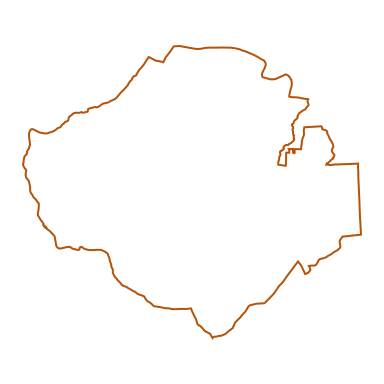 Pargaresti, Bacau, Romania
{"feature_id": "2599482B11675765739939", "entity_name": "Pargaresti", "entity_type": "district", "adm_level": 2, "iso_a3": "ROU", "parent_name": "Romania", "parent_adm1": "Bacau", "projection": "equal_earth", "projection_center": [26.649, 46.243], "detail": "fine", "context": "isolated", "style": "outline", "palette": "amber", "viewbox_px": 384, "rotation_deg": 0, "n_neighbors": 0, "source": "geoboundaries", "source_scale": "gbopen_adm2", "svg_char_len": 5919}
<svg xmlns="http://www.w3.org/2000/svg" viewBox="0 0 384 384"><path d="M265.1,302.6L272.6,295.0L274.3,293.0L279.0,286.1L279.4,285.6L281.1,284.0L283.4,281.3L286.5,276.8L298.0,261.5L298.7,262.3L301.0,265.3L301.9,267.0L305.2,274.1L305.7,273.9L308.5,272.5L309.3,271.4L310.4,270.1L310.1,268.8L309.6,267.3L308.9,265.9L311.2,265.6L314.8,265.5L315.9,265.0L316.2,264.7L318.0,261.6L318.7,260.0L319.6,259.3L320.5,258.8L322.0,258.7L325.3,257.6L326.2,257.2L328.0,255.9L331.4,254.1L333.8,252.2L334.6,251.7L336.9,250.6L337.6,250.1L339.9,247.9L340.2,247.3L340.4,246.0L339.9,243.6L339.6,241.2L339.9,240.4L342.4,236.6L348.6,236.1L352.5,235.5L356.4,235.2L361.0,234.6L359.8,213.1L359.4,200.5L358.3,176.8L358.3,171.3L358.0,167.1L358.1,163.6L347.1,164.1L334.7,164.5L332.8,164.7L331.3,165.0L329.8,165.0L328.1,164.7L326.4,164.7L326.7,164.1L326.9,163.2L327.7,163.2L328.4,162.6L331.3,159.8L333.2,158.5L332.9,158.0L333.9,156.8L334.4,155.3L334.3,154.7L333.0,153.3L332.0,151.4L331.8,150.5L332.0,149.4L333.1,147.3L333.3,146.5L333.3,145.9L332.8,144.0L330.9,140.5L329.8,138.9L329.4,138.0L329.0,136.7L327.3,133.6L327.2,133.2L327.3,131.8L326.8,131.0L325.9,130.4L322.3,129.2L322.1,128.2L322.1,127.4L321.2,126.3L304.3,127.3L303.8,130.2L304.0,134.2L303.8,135.4L303.4,136.6L302.7,138.0L301.9,141.0L301.7,144.1L301.2,146.7L301.2,148.5L301.1,149.3L298.3,149.1L295.1,149.3L294.1,149.1L294.4,149.9L294.7,152.3L294.5,153.1L293.7,153.1L293.1,152.7L293.0,151.9L293.1,151.2L292.8,149.8L292.8,149.0L288.7,149.1L289.3,150.5L289.3,152.7L286.2,152.7L286.0,162.6L286.1,164.0L285.7,164.7L285.7,165.8L278.3,164.7L278.2,162.3L278.6,160.9L279.2,159.5L279.1,157.6L279.2,157.0L279.7,156.5L280.5,154.6L279.9,152.3L280.4,151.2L281.4,151.1L281.5,150.7L281.9,150.2L282.5,149.9L283.4,149.6L283.8,149.2L283.9,148.7L283.4,147.4L283.5,146.9L284.1,146.3L286.0,144.9L287.9,145.2L289.3,143.8L290.5,143.4L291.4,142.8L293.2,141.1L294.2,139.8L293.9,138.9L294.1,138.8L293.7,137.1L293.8,136.5L293.8,136.0L294.0,135.4L293.5,135.2L293.2,133.9L292.9,133.3L293.1,131.9L293.1,131.1L292.8,130.7L292.5,130.1L292.5,129.4L293.0,128.7L293.2,128.1L293.1,127.3L293.0,126.6L292.4,126.1L291.8,125.1L291.9,124.4L293.0,123.8L293.5,123.4L293.7,122.2L293.9,121.6L294.7,120.5L295.5,119.7L297.4,118.2L297.6,117.7L297.4,117.0L297.5,116.3L297.8,115.5L298.5,114.3L299.5,112.9L303.3,110.3L305.5,109.2L305.9,108.3L307.1,106.8L308.5,105.3L308.4,104.1L307.5,101.5L307.8,99.8L308.2,99.3L308.0,99.0L305.3,98.9L297.6,97.4L290.1,97.1L289.2,96.5L289.4,94.7L290.6,89.4L291.7,85.8L291.8,82.7L291.3,79.9L289.3,76.7L288.1,75.5L286.4,74.6L285.7,74.4L275.1,79.2L270.7,79.4L265.8,78.1L262.6,77.1L262.2,76.0L261.9,74.7L262.3,73.0L263.2,71.0L264.8,67.7L265.8,64.9L265.5,62.8L263.9,60.4L260.9,59.0L257.7,56.9L252.9,54.5L248.9,52.8L244.5,51.0L242.2,50.4L239.7,49.3L235.7,48.4L231.0,47.7L221.0,47.5L215.9,47.7L209.5,47.6L205.4,47.9L200.8,48.8L197.4,49.0L194.4,48.7L179.5,46.0L173.7,46.4L170.7,50.9L165.7,57.4L163.2,62.3L161.6,61.7L158.8,61.1L156.3,60.8L155.5,60.5L154.7,60.2L153.6,59.4L151.5,58.5L149.3,57.2L148.6,57.1L147.4,59.0L146.6,60.1L143.8,64.6L140.8,68.2L139.6,69.4L138.5,71.0L136.7,74.0L136.4,75.0L135.9,75.5L135.1,75.8L134.5,76.1L133.6,76.3L132.2,78.3L132.0,79.5L130.0,81.4L128.4,83.9L128.0,84.9L124.6,88.8L122.3,91.2L121.1,92.3L116.9,97.3L115.2,99.0L114.5,99.2L113.2,99.9L112.2,100.3L110.2,101.2L109.4,101.9L108.0,102.5L103.5,103.5L102.4,104.0L101.6,104.5L99.5,106.2L96.8,107.4L94.9,107.0L88.3,108.8L87.6,111.6L83.1,112.8L81.2,112.1L79.5,112.8L78.0,112.9L76.7,112.6L76.0,112.7L73.5,113.3L71.3,115.3L70.2,116.0L69.2,116.8L68.7,117.8L68.5,119.4L68.3,120.0L68.0,120.6L67.5,121.1L65.2,121.9L64.2,123.1L62.6,124.3L61.6,125.4L60.8,126.5L60.3,127.1L58.9,127.8L57.7,128.1L57.3,128.4L56.3,129.4L54.9,130.4L53.1,131.4L48.2,133.0L45.8,133.6L39.5,132.5L37.4,131.4L33.2,129.3L32.0,129.1L30.8,129.6L30.2,130.5L29.5,132.0L29.1,132.9L29.0,133.8L29.0,135.9L29.2,138.1L30.0,143.8L30.0,145.3L29.4,146.5L28.7,148.9L27.3,150.9L26.7,154.2L24.5,156.5L23.7,160.3L23.4,163.3L23.0,164.2L23.2,165.2L23.5,166.1L24.6,168.1L25.8,169.5L26.3,170.6L25.9,172.2L25.6,175.5L25.9,176.2L26.2,177.6L27.4,179.2L28.0,179.7L28.7,180.8L29.3,183.0L29.6,185.0L30.1,186.2L30.2,191.2L30.6,192.3L31.5,194.0L32.1,194.6L33.6,197.4L34.6,198.3L35.7,199.2L37.1,201.5L37.7,202.3L38.7,203.1L38.8,206.9L38.6,209.2L38.1,211.8L37.9,213.3L37.9,215.3L41.0,220.5L42.3,221.8L43.5,223.7L43.2,225.0L44.3,225.5L44.4,225.8L44.0,226.0L44.2,226.4L44.7,226.3L46.0,226.9L46.3,227.4L45.5,227.8L49.7,231.0L53.2,234.6L54.6,236.3L56.2,245.2L56.5,246.5L58.0,248.0L58.8,248.4L60.3,248.5L61.6,248.4L63.9,247.7L65.6,247.5L66.2,247.2L68.5,246.9L69.6,246.9L70.5,247.2L72.4,248.6L77.8,250.0L79.0,249.7L79.6,249.0L79.6,247.8L79.9,247.4L80.5,247.0L81.6,246.9L84.8,249.1L86.9,249.5L88.9,250.1L91.8,250.0L93.7,250.1L96.4,249.8L101.3,249.9L106.2,252.4L107.2,253.3L108.0,254.5L108.5,256.2L109.1,257.3L110.3,262.3L111.0,263.9L111.3,264.9L111.3,266.6L112.7,269.3L112.9,269.7L112.8,272.3L112.9,273.0L113.4,274.1L114.7,276.6L115.2,277.3L116.1,278.0L117.5,280.0L119.4,281.9L120.7,283.3L121.6,284.7L122.1,285.1L123.2,285.7L126.8,287.1L128.2,288.2L129.7,288.9L133.2,291.0L135.1,291.8L137.2,293.6L139.7,294.8L140.9,295.0L142.6,295.8L143.7,296.1L144.0,296.3L144.6,297.2L145.4,298.7L146.5,300.2L147.1,300.7L147.5,301.2L149.1,302.1L151.2,303.5L152.9,305.3L154.0,306.2L154.5,306.4L156.5,306.5L158.8,307.0L159.7,307.0L160.8,307.3L162.1,307.5L164.4,308.1L169.3,308.4L170.4,308.6L171.9,309.1L177.9,309.1L181.8,308.9L186.0,309.0L191.0,308.4L192.2,311.6L195.3,318.1L195.9,318.8L196.7,321.4L197.4,324.0L198.7,325.3L199.4,325.3L202.1,327.7L204.6,330.9L210.2,333.9L211.9,337.1L212.6,338.0L212.8,337.5L213.1,337.1L214.6,336.7L216.3,336.6L218.6,336.0L220.9,335.7L222.2,335.4L224.9,334.2L225.7,333.7L227.8,331.8L232.7,328.1L235.2,322.5L237.2,320.4L240.4,317.3L241.4,315.8L245.4,311.6L248.1,307.0L248.9,306.0L250.0,305.3L252.1,304.7L254.1,304.3L256.6,303.7L264.0,303.3L265.1,302.6Z" fill="none" stroke="#b45309" stroke-width="2"/></svg>